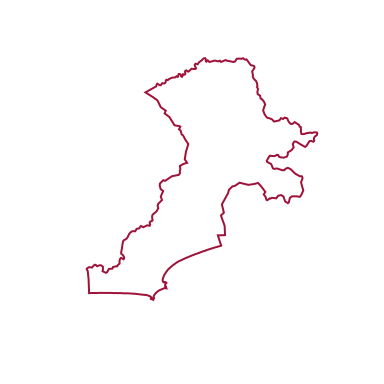 Castillos, Rocha, Uruguay (Albers equal-area conic projection), rotated 33°
{"feature_id": "84410073B93691162353295", "entity_name": "Castillos", "entity_type": "district", "adm_level": 2, "iso_a3": "URY", "parent_name": "Uruguay", "parent_adm1": "Rocha", "projection": "albers", "projection_center": [-53.824, -34.08], "detail": "fine", "context": "isolated", "style": "outline", "palette": "rose", "viewbox_px": 384, "rotation_deg": 33, "n_neighbors": 0, "source": "geoboundaries", "source_scale": "gbopen_adm2", "svg_char_len": 5810}
<svg xmlns="http://www.w3.org/2000/svg" viewBox="0 0 384 384"><g transform="rotate(33 192 192)"><path d="M98.7,133.8L108.0,133.7L113.2,134.0L119.6,137.9L125.7,138.1L126.2,141.0L132.2,141.4L141.0,145.6L145.6,143.6L146.7,143.6L146.9,146.5L149.1,146.7L151.9,149.3L153.7,149.4L157.8,151.7L162.8,153.8L165.0,161.5L168.1,168.5L172.0,170.2L169.6,173.0L167.7,176.8L169.8,179.2L170.3,181.1L171.7,182.8L171.6,184.8L166.6,189.7L163.3,197.4L161.5,197.7L160.5,202.4L161.5,204.3L164.2,206.7L167.3,206.9L168.3,212.8L171.2,215.1L170.1,220.3L170.7,222.3L172.5,223.9L172.8,227.5L171.3,232.6L172.0,234.5L173.6,236.5L174.3,237.0L174.1,238.5L173.2,239.2L173.1,240.6L174.6,242.1L174.9,243.4L172.6,244.3L170.4,248.0L167.7,248.3L167.5,251.3L165.6,253.1L165.8,255.8L163.3,257.4L162.3,259.6L162.2,262.0L162.6,264.5L162.5,267.1L161.1,269.6L161.1,271.2L164.2,278.1L165.6,281.5L166.3,282.3L168.1,282.5L169.8,283.2L170.5,283.7L171.0,284.2L171.3,285.0L171.2,285.7L169.7,285.7L168.3,286.0L168.1,287.1L168.6,289.1L170.2,291.4L169.6,293.9L169.7,295.2L168.6,295.8L166.6,298.0L167.0,299.6L165.8,300.5L164.2,301.9L164.5,305.5L163.8,306.7L162.2,306.9L160.1,307.1L159.5,305.4L157.9,303.2L156.9,303.0L155.5,303.1L154.4,303.8L152.9,305.9L152.0,305.8L151.3,305.6L150.1,305.9L149.6,307.3L149.3,309.8L146.6,311.1L145.7,312.9L145.6,314.0L147.6,315.1L152.8,321.5L160.8,332.9L163.2,331.1L166.3,329.1L167.7,328.3L169.7,326.7L172.7,324.9L172.9,324.6L173.4,324.4L175.2,323.3L176.0,322.7L179.4,320.5L181.8,319.2L182.8,318.4L185.4,316.9L186.8,315.9L189.5,314.4L190.4,313.8L191.1,313.5L191.5,313.1L193.9,311.6L195.1,311.0L196.0,310.4L200.8,307.8L204.7,305.9L205.8,305.3L206.3,305.2L207.5,304.4L208.1,304.2L208.8,303.8L210.1,303.2L211.3,302.8L213.8,302.3L214.4,302.3L215.0,302.5L215.5,302.8L215.6,303.1L215.6,303.3L215.4,303.7L215.6,304.0L215.9,303.8L215.9,303.7L216.1,303.7L216.3,303.8L216.7,303.8L216.7,303.7L216.9,303.7L217.0,303.6L217.3,303.4L217.4,303.5L217.5,303.4L217.7,303.6L217.9,303.5L217.9,303.4L218.1,303.4L218.0,303.2L218.0,302.7L218.1,302.3L218.2,302.1L218.1,301.9L217.9,302.0L217.5,302.0L217.2,301.7L217.0,301.2L216.7,300.3L216.7,299.9L216.6,299.5L216.5,297.5L216.9,295.6L217.9,292.7L218.2,292.1L220.8,288.3L221.0,288.1L221.4,287.4L221.9,287.3L222.3,287.1L221.7,287.0L221.6,286.8L221.5,286.5L221.6,286.2L221.6,285.9L221.8,285.7L221.7,285.6L221.8,285.6L221.7,285.5L221.4,285.6L221.4,285.8L221.5,285.9L221.2,285.9L220.9,285.8L220.4,285.2L220.0,284.4L219.9,284.1L219.9,283.6L219.9,282.6L219.9,282.4L220.0,282.2L219.6,282.1L219.5,282.3L219.2,282.3L218.9,282.3L218.6,282.1L218.1,282.3L218.0,282.8L217.8,283.1L217.5,283.2L217.1,283.2L216.7,283.0L216.3,282.9L215.5,282.1L215.0,281.1L214.6,280.1L214.2,278.1L213.9,276.4L213.9,275.7L214.0,271.8L214.1,270.6L214.5,268.4L214.7,268.0L215.0,266.6L215.7,264.3L216.1,263.4L216.4,262.4L217.3,260.3L217.3,260.0L218.1,258.3L218.9,256.9L220.2,254.9L220.6,254.2L222.2,251.6L222.4,251.2L223.0,250.4L223.1,250.2L223.4,249.8L223.8,249.3L227.0,244.6L228.0,243.3L228.2,242.9L228.8,242.1L229.9,240.8L230.5,239.9L230.9,239.5L232.0,237.9L232.6,237.1L233.5,235.9L235.1,234.0L235.3,233.6L235.8,232.9L237.2,231.2L238.1,230.0L239.1,228.9L239.9,227.8L241.3,226.2L241.5,225.9L241.8,225.6L242.1,225.2L242.8,224.6L243.7,223.4L244.4,222.7L245.7,221.1L237.3,214.3L243.2,210.2L237.8,202.6L229.1,196.0L230.0,192.0L223.8,186.1L222.9,173.4L221.8,170.0L222.8,165.4L224.8,163.2L226.8,158.3L235.4,155.3L240.0,151.2L242.5,148.4L247.2,149.7L253.5,152.0L253.5,155.0L256.3,156.0L258.7,158.0L259.7,157.8L260.6,155.1L261.2,155.0L262.1,153.4L266.1,151.4L266.3,148.2L268.5,146.0L271.2,146.0L273.2,147.6L275.3,149.2L278.5,149.1L278.8,147.8L277.3,143.7L278.2,141.2L282.2,138.6L285.0,137.4L285.3,135.3L284.5,130.1L278.7,125.0L278.1,124.2L277.3,120.5L276.6,119.6L275.6,119.0L273.7,120.1L268.5,120.4L262.6,119.2L260.5,119.3L259.2,119.6L257.8,121.5L257.5,123.5L255.7,124.6L250.4,126.0L248.3,127.9L247.0,128.1L243.3,125.5L238.5,125.8L237.7,125.1L237.5,122.9L237.5,119.2L240.6,117.6L241.9,116.7L243.0,114.6L244.0,114.0L245.8,115.0L247.4,114.7L250.4,113.1L252.3,110.6L251.9,108.3L250.8,106.6L252.7,102.7L252.9,99.1L250.5,97.0L250.2,94.7L250.6,93.7L252.3,93.0L257.4,92.9L262.3,92.6L262.9,91.0L262.8,85.4L263.6,84.6L264.5,84.2L266.4,83.8L266.6,83.2L266.4,82.2L265.3,81.2L264.8,79.8L264.9,78.3L265.7,76.4L265.2,74.7L264.4,74.1L263.6,74.4L262.1,75.3L261.3,76.2L260.4,77.3L259.2,77.5L255.4,80.9L255.1,81.6L253.8,82.9L252.2,83.7L250.6,82.2L248.0,78.3L247.4,78.3L246.7,78.6L245.1,77.4L240.0,77.5L239.2,80.1L238.1,80.9L236.9,81.1L234.4,80.2L231.9,78.5L230.9,78.5L230.0,79.1L229.2,79.1L228.6,81.2L226.4,81.6L226.3,84.3L222.5,88.2L221.3,88.0L219.9,87.5L217.4,87.8L215.1,88.7L213.7,88.6L210.6,87.3L207.2,84.8L206.1,80.8L205.8,78.8L202.9,76.9L201.4,76.7L200.8,76.1L198.6,76.2L196.6,74.1L193.9,74.2L192.4,72.6L191.3,69.7L189.3,68.5L189.2,67.6L187.1,65.2L185.1,64.0L183.0,63.6L181.4,63.0L179.8,61.8L179.4,60.7L176.8,58.1L176.8,53.8L175.7,52.6L174.0,52.9L172.1,53.6L166.4,51.4L165.4,51.1L164.5,52.1L163.1,52.2L161.9,52.0L160.9,53.4L158.9,54.4L157.0,55.9L157.0,59.1L156.0,60.4L151.7,62.0L149.5,63.0L148.4,63.0L145.5,67.1L143.9,66.7L142.8,68.2L139.6,69.3L135.8,73.5L133.5,73.0L133.0,74.9L132.3,74.7L131.1,73.0L130.2,72.6L129.0,73.6L128.4,76.4L127.2,79.4L127.2,81.8L125.0,82.5L125.0,83.7L125.8,84.9L128.0,85.9L127.9,86.9L126.3,88.0L124.5,88.9L123.9,91.6L123.3,93.1L122.3,93.3L121.2,93.0L120.4,93.9L120.7,95.1L122.0,96.3L122.0,97.3L121.6,97.9L120.3,98.1L120.4,98.7L120.9,99.8L120.8,100.9L120.0,101.0L119.4,100.5L118.7,99.8L117.5,99.7L116.6,100.3L117.4,102.9L117.3,103.3L116.1,103.3L115.7,104.2L115.5,105.0L113.1,106.9L111.2,109.7L111.1,110.6L110.6,111.4L109.4,111.8L109.3,112.8L110.0,113.9L110.1,114.8L109.8,115.9L109.0,116.5L108.1,116.7L107.7,117.2L107.6,119.5L106.8,120.0L103.9,120.0L103.9,121.5L104.5,122.8L98.7,133.8Z" fill="none" stroke="#9f1239" stroke-width="2"/></g></svg>